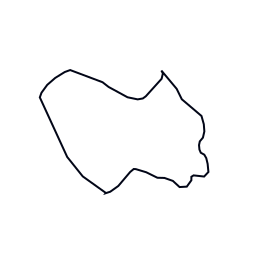 Qom, Robinson projection, rotated 215°
{"feature_id": "IRN-3232", "entity_name": "Qom", "entity_type": "Province", "adm_level": 1, "iso_a3": "IRN", "parent_name": "Iran", "parent_adm1": "", "projection": "robinson", "projection_center": [50.771, 34.662], "detail": "fine", "context": "isolated", "style": "outline", "palette": "ink", "viewbox_px": 256, "rotation_deg": 215, "n_neighbors": 0, "source": "natural_earth", "source_scale": "10m", "svg_char_len": 721}
<svg xmlns="http://www.w3.org/2000/svg" viewBox="0 0 256 256"><g transform="rotate(215 128 128)"><path d="M208.6,142.3L175.1,150.9L167.4,150.5L146.0,152.9L136.5,157.0L132.8,160.7L131.6,164.2L128.7,187.6L130.7,192.7L133.6,194.2L110.6,188.0L100.4,182.4L74.7,180.0L68.1,174.6L63.5,169.0L61.1,163.1L61.5,158.2L60.0,154.7L57.1,151.3L54.2,149.5L50.2,149.9L46.6,148.2L42.2,144.3L36.9,138.1L37.8,131.9L47.1,126.8L48.1,124.4L46.1,121.5L46.2,113.7L51.9,109.2L60.9,110.4L69.5,108.0L75.4,104.1L87.7,102.2L98.0,98.8L99.8,97.7L101.0,93.2L102.7,74.9L106.0,65.6L108.9,61.8L108.9,62.1L137.3,62.4L161.2,69.4L217.8,102.5L219.1,107.3L218.9,117.0L216.3,127.4L211.9,137.6L208.6,142.3Z" fill="none" stroke="#020617" stroke-width="2"/></g></svg>